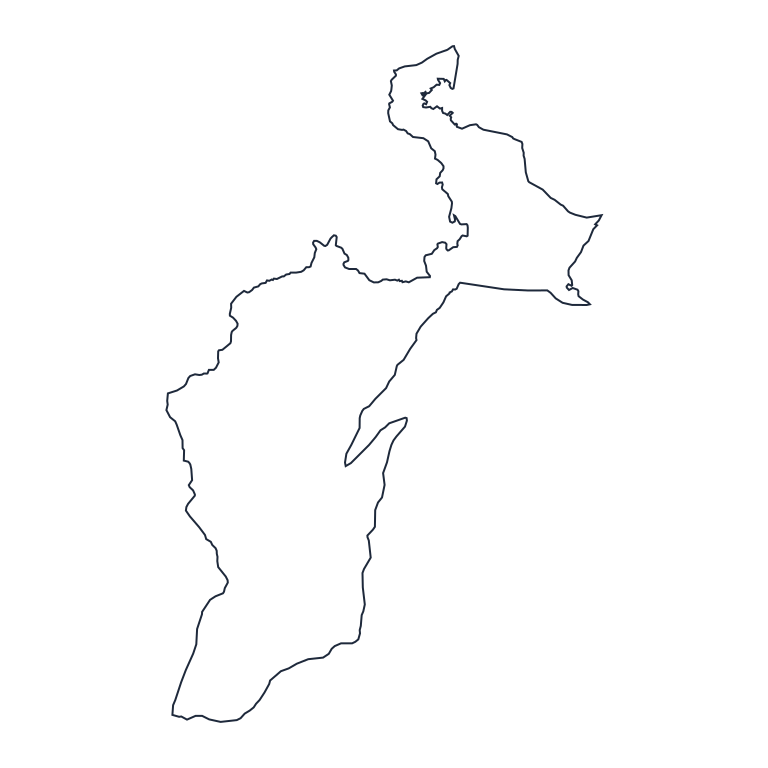 outline of Cristian, Sibiu, Romania
{"feature_id": "2599482B40816245945082", "entity_name": "Cristian", "entity_type": "district", "adm_level": 2, "iso_a3": "ROU", "parent_name": "Romania", "parent_adm1": "Sibiu", "projection": "mercator", "projection_center": [23.892, 45.655], "detail": "fine", "context": "isolated", "style": "outline", "palette": "slate", "viewbox_px": 768, "rotation_deg": 0, "n_neighbors": 0, "source": "geoboundaries", "source_scale": "gbopen_adm2", "svg_char_len": 6076}
<svg xmlns="http://www.w3.org/2000/svg" viewBox="0 0 768 768"><path d="M601.6,215.2L586.7,217.6L575.4,214.8L569.9,212.6L568.0,211.3L563.1,205.7L560.7,204.6L554.6,199.8L550.7,197.9L542.7,189.6L529.2,182.2L528.3,181.2L525.8,172.3L524.6,158.8L523.6,155.7L523.7,152.7L522.2,148.0L522.4,144.0L521.6,141.9L514.5,139.1L513.1,138.4L512.3,137.1L507.0,134.4L483.4,129.7L478.9,127.2L477.2,124.9L476.0,124.3L469.9,125.2L462.0,128.7L456.9,126.8L456.5,125.3L457.0,124.8L456.8,124.1L456.1,123.7L454.7,124.5L450.9,120.3L450.7,118.9L451.2,117.3L449.7,115.7L452.7,112.9L451.6,111.9L450.2,111.8L447.2,115.0L445.4,113.6L443.1,113.0L442.1,110.8L442.1,108.0L440.0,108.6L437.0,106.3L433.3,109.0L431.4,108.2L430.3,106.8L426.0,107.5L423.2,107.1L422.7,105.6L423.5,103.8L424.3,103.4L426.1,104.2L427.1,101.8L425.6,100.4L422.4,98.9L425.4,94.9L422.6,95.4L421.4,93.3L422.9,93.0L424.8,94.1L424.7,92.5L425.5,91.9L426.2,93.5L429.1,92.9L431.8,90.0L430.7,88.5L433.6,87.3L436.6,84.7L439.3,84.9L440.1,83.1L438.0,79.8L437.8,78.7L443.7,78.9L444.8,81.3L445.8,80.0L446.5,79.9L450.2,83.1L449.4,85.1L450.7,87.9L452.3,88.9L453.5,88.4L457.6,63.9L457.7,59.9L458.7,55.9L454.8,49.0L454.0,46.1L452.4,46.3L447.4,49.8L436.4,53.7L427.2,58.8L421.9,62.6L416.3,65.1L404.8,66.4L399.1,68.4L396.7,70.4L394.0,70.5L394.2,71.8L395.9,74.4L395.9,75.7L391.7,79.7L390.9,81.1L391.8,85.5L391.4,89.2L391.1,91.1L389.3,94.7L393.0,100.7L392.2,101.8L389.3,103.4L389.1,104.1L389.9,107.4L388.3,110.4L388.2,113.2L390.0,121.4L392.3,123.3L393.1,125.1L398.0,129.2L402.1,129.9L403.5,129.6L406.1,131.0L407.7,133.4L409.8,134.1L413.0,137.0L423.4,138.2L428.2,141.3L431.2,148.3L434.8,151.2L435.5,154.6L435.0,158.6L437.6,159.9L441.3,163.1L443.5,166.2L443.5,168.4L442.7,170.2L440.2,172.9L439.7,176.3L436.5,179.3L436.1,183.3L437.4,184.0L439.5,182.6L442.1,182.5L442.7,184.6L441.9,187.3L442.3,189.3L447.8,194.0L448.3,196.2L451.8,201.6L452.0,203.3L451.4,208.1L449.1,216.8L450.1,221.6L452.4,222.7L454.8,221.4L455.0,219.5L454.0,215.3L455.3,216.1L460.0,223.9L461.4,224.4L466.6,224.1L467.5,225.3L467.8,227.7L467.6,235.7L466.7,236.3L462.6,235.5L461.6,236.2L459.7,239.2L457.6,241.2L457.3,243.9L457.7,245.3L456.9,246.9L453.2,247.2L448.8,250.3L447.8,250.5L446.6,249.4L446.2,248.2L446.5,244.2L445.2,242.7L442.1,242.1L437.9,243.6L437.4,244.3L437.8,247.0L437.1,248.2L434.3,250.1L431.8,253.8L425.7,255.3L424.5,257.0L424.2,261.0L426.0,265.7L426.7,271.7L430.0,276.0L429.8,277.2L417.1,277.7L408.8,282.3L405.8,281.4L402.5,282.2L401.9,280.8L399.7,281.1L398.9,279.7L397.3,280.6L395.0,279.7L389.9,280.3L386.6,279.3L382.8,279.6L381.3,280.9L378.2,282.3L373.8,282.4L369.3,280.2L364.5,273.7L359.5,273.1L358.0,270.5L356.1,269.0L349.1,269.0L345.0,267.4L343.5,264.9L343.5,263.8L344.3,262.3L347.9,260.9L348.4,260.0L348.3,257.7L346.8,255.0L344.5,253.6L342.4,248.8L341.2,247.7L336.4,245.9L335.8,245.2L336.7,237.1L335.8,235.7L333.9,235.3L331.8,237.2L330.5,238.6L327.2,244.8L325.4,246.0L324.2,245.8L319.8,242.3L316.9,240.9L314.1,240.9L313.1,242.6L313.2,244.2L315.6,247.5L316.3,249.2L314.8,253.0L314.3,257.3L311.5,262.9L310.6,266.5L309.0,267.2L306.3,267.2L303.7,270.3L301.2,271.8L296.1,272.6L290.6,272.6L289.5,274.0L286.2,274.5L283.8,276.4L282.2,276.4L276.9,279.0L273.9,278.6L272.9,280.0L271.8,279.5L269.3,280.8L267.0,280.4L265.6,282.9L261.9,283.4L260.3,284.1L258.3,286.4L253.9,287.6L252.1,290.0L249.1,292.2L247.3,292.5L244.0,290.9L236.4,296.8L231.1,303.7L231.2,307.8L229.8,313.9L229.9,315.7L233.0,317.6L236.0,320.8L237.6,323.7L237.4,325.9L236.3,327.8L232.5,330.9L231.7,332.1L231.1,335.0L231.0,341.3L230.4,343.2L222.4,349.8L218.9,350.3L218.2,351.4L218.0,358.3L218.7,362.4L216.0,367.7L213.7,369.9L208.9,369.9L207.5,373.4L207.0,373.6L203.9,373.5L201.8,374.7L199.3,375.0L195.0,374.3L190.2,376.0L188.4,378.0L186.0,384.0L183.9,386.4L177.0,390.5L167.9,393.4L167.2,400.9L167.7,404.6L166.4,410.1L170.1,417.2L175.2,421.3L176.7,424.7L180.3,435.1L182.5,440.1L182.6,448.1L184.1,450.2L183.8,460.6L188.2,461.7L189.4,463.0L190.3,464.5L191.3,469.0L192.1,480.2L188.8,485.1L189.7,487.2L193.1,490.4L194.9,494.5L194.8,495.7L188.1,503.8L186.4,507.0L185.9,510.6L189.9,516.4L199.1,527.1L205.0,535.0L206.2,539.1L210.8,541.8L212.3,545.0L215.6,548.2L216.7,550.8L216.8,553.8L217.5,556.8L217.3,561.1L218.2,567.1L225.8,576.6L227.6,580.2L227.8,582.6L224.8,588.1L224.0,591.7L223.0,593.3L215.5,596.3L210.1,599.8L202.1,611.9L202.0,614.2L197.1,629.0L196.3,644.3L193.2,653.6L185.8,670.1L181.1,682.4L175.3,700.0L173.1,705.2L172.4,714.9L179.1,716.8L181.3,716.5L187.0,719.6L195.5,715.9L202.2,715.9L209.2,719.4L220.6,721.9L236.8,720.1L240.6,718.2L244.7,713.6L249.7,710.6L253.7,707.4L256.1,703.7L259.6,700.0L264.5,692.5L269.2,684.0L270.1,680.5L280.9,671.2L288.7,668.4L296.8,663.7L308.2,659.2L323.1,657.6L328.8,653.8L331.7,648.8L334.7,646.1L341.1,643.3L352.2,643.3L355.3,641.8L358.3,639.4L360.0,633.4L359.7,630.1L360.8,625.9L361.7,615.1L363.3,611.4L364.8,604.5L362.8,587.4L362.5,573.0L364.0,569.0L370.7,557.6L368.8,540.5L367.5,537.2L367.4,535.5L372.9,529.7L374.9,526.8L375.2,510.1L378.0,502.5L382.0,497.5L384.6,484.9L383.1,473.1L387.0,462.3L389.5,451.1L391.4,444.9L393.5,440.4L396.4,436.5L405.0,426.6L406.9,420.6L406.6,418.1L405.2,417.7L389.2,423.3L385.1,427.4L380.5,430.3L375.7,437.0L369.1,444.9L350.9,463.1L345.7,466.1L345.0,462.5L346.4,453.7L351.3,444.9L359.6,428.0L359.7,418.1L360.3,415.4L362.3,410.9L363.8,408.9L369.2,406.2L375.4,398.8L386.1,388.1L389.2,381.5L394.8,374.9L396.8,366.1L397.5,364.8L403.6,359.9L410.2,348.8L416.5,340.1L416.1,338.1L416.5,333.7L420.7,326.6L428.2,318.2L432.9,313.8L435.9,312.3L436.9,309.9L439.7,307.9L443.4,302.4L446.1,296.3L449.5,293.4L449.6,292.5L451.9,291.4L453.0,289.4L455.2,289.5L456.7,288.7L458.7,284.1L460.1,282.7L504.0,289.3L528.6,290.5L547.3,290.4L550.6,292.8L555.7,298.4L562.6,302.8L571.9,304.9L586.7,305.0L589.9,304.3L588.0,302.3L583.0,299.6L578.6,296.2L578.2,294.3L578.4,291.2L577.5,289.7L572.7,288.0L569.0,290.0L566.8,287.6L566.6,286.4L568.4,284.2L571.6,285.8L572.2,285.1L571.7,280.3L568.6,275.2L568.5,270.4L569.5,267.7L575.1,261.5L576.8,257.9L581.0,252.1L583.5,245.6L588.5,241.0L593.3,229.2L597.1,225.3L595.2,224.3L598.8,220.5L601.6,215.2Z" fill="none" stroke="#1e293b" stroke-width="2"/></svg>